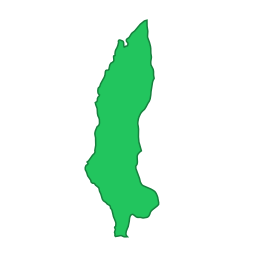 outline of Amazonas, rotated 6°
{"feature_id": "PER-584", "entity_name": "Amazonas", "entity_type": "Department", "adm_level": 1, "iso_a3": "PER", "parent_name": "Peru", "parent_adm1": "", "projection": "robinson", "projection_center": [-78.131, -4.99], "detail": "fine", "context": "isolated", "style": "filled", "palette": "green", "viewbox_px": 256, "rotation_deg": 6, "n_neighbors": 0, "source": "natural_earth", "source_scale": "10m", "svg_char_len": 3778}
<svg xmlns="http://www.w3.org/2000/svg" viewBox="0 0 256 256"><g transform="rotate(6 128 128)"><path d="M115.8,47.9L116.4,47.6L117.2,46.9L118.0,46.7L118.8,46.3L119.2,45.2L119.1,43.7L118.5,42.9L117.7,42.3L117.2,41.4L117.2,40.2L117.8,39.4L119.5,38.0L120.1,37.0L121.6,33.8L122.2,33.0L124.5,30.8L129.4,23.5L132.9,20.0L133.8,19.5L135.6,18.8L136.3,24.7L137.4,28.9L137.6,29.9L137.8,34.4L137.9,35.3L138.1,36.0L140.4,40.7L141.8,44.4L142.3,46.5L142.9,51.3L143.8,54.6L143.9,55.4L143.9,56.2L143.8,57.5L143.7,59.3L143.8,60.7L144.0,61.8L144.2,62.6L144.4,63.1L146.5,66.4L146.9,67.1L147.3,68.4L147.5,69.2L147.9,72.7L148.3,74.2L148.5,74.9L148.8,75.7L148.7,76.3L148.0,77.9L147.6,80.0L147.1,89.3L147.2,92.7L147.0,96.6L146.6,98.2L146.3,99.2L145.2,101.4L143.7,105.2L142.5,107.6L142.2,108.0L141.5,108.7L140.6,109.8L139.7,111.0L138.9,112.5L137.8,115.7L137.4,117.6L137.2,120.4L137.2,121.9L137.3,122.9L137.5,123.7L138.0,125.3L138.6,128.0L139.3,135.7L140.3,140.8L143.7,149.3L141.9,151.0L140.5,153.2L140.2,154.2L140.1,154.9L140.1,155.6L140.9,160.8L140.9,161.8L140.8,163.0L140.5,163.7L139.7,165.3L140.1,167.6L144.7,177.0L145.9,180.4L147.1,182.2L147.8,183.0L149.1,183.8L151.0,184.4L157.1,186.3L159.6,187.4L161.2,188.3L162.0,189.1L163.0,190.4L164.2,192.6L164.8,193.9L165.1,195.0L166.3,199.1L166.4,200.9L165.1,202.6L160.9,206.7L160.0,207.8L159.4,208.7L159.1,209.5L158.7,211.2L158.4,212.2L157.8,213.5L157.0,214.4L156.1,214.9L152.9,215.8L152.1,215.9L150.7,215.7L149.7,215.6L147.2,215.9L146.4,215.8L145.6,215.6L144.9,215.2L143.5,214.3L142.2,213.5L141.3,213.4L140.0,214.2L139.7,214.8L139.3,215.7L139.0,217.5L139.0,220.6L138.5,225.9L137.1,230.6L137.0,232.3L137.0,233.5L137.2,234.3L137.6,235.0L138.0,235.5L138.8,236.2L136.1,236.6L135.0,236.5L133.6,236.0L132.6,235.7L131.7,235.8L131.0,236.0L129.9,236.4L127.9,236.9L127.0,237.2L126.3,236.6L126.2,236.0L126.1,234.6L125.5,233.2L125.7,232.0L126.0,230.8L126.0,229.9L125.8,229.4L125.2,228.7L125.1,228.4L125.2,227.8L125.6,227.6L125.9,227.4L126.0,227.1L126.0,224.7L125.8,223.6L125.4,222.5L122.8,217.6L120.8,211.8L120.3,210.8L119.0,209.5L119.0,209.2L118.5,207.8L118.2,207.3L117.5,206.8L115.3,205.8L113.8,204.4L111.1,202.9L109.9,201.4L108.0,196.7L106.3,193.8L105.6,191.6L105.2,190.6L103.9,189.6L101.7,188.2L100.7,187.0L100.1,186.6L99.8,186.6L99.2,186.6L98.7,186.6L98.1,186.4L97.4,186.0L97.1,185.7L96.9,185.4L96.8,185.2L96.6,184.3L96.5,184.0L96.2,183.6L93.1,180.0L92.7,179.3L91.9,177.3L91.6,176.8L91.3,176.1L91.1,175.7L90.1,174.3L89.8,173.5L89.6,171.9L89.7,171.2L90.0,170.1L90.2,169.8L90.3,169.5L90.5,169.3L90.7,169.1L91.2,168.9L91.3,168.8L91.4,168.7L92.0,167.7L92.0,167.4L91.9,167.1L91.7,167.0L91.2,166.7L91.0,166.4L90.9,166.0L91.0,165.7L91.8,165.3L92.0,165.1L92.2,164.8L93.3,162.9L93.4,162.7L95.7,158.6L96.0,158.3L96.2,158.1L97.0,157.1L97.5,156.1L97.6,155.6L97.7,155.3L97.6,154.7L97.4,154.3L97.4,153.4L97.7,148.5L97.0,143.0L96.8,141.2L95.9,138.3L95.7,137.4L95.6,136.5L95.7,135.5L95.9,134.1L97.1,130.1L97.4,129.7L98.2,129.0L98.6,128.4L99.0,127.4L99.1,126.6L99.1,125.8L98.7,122.8L98.5,122.2L97.9,120.7L96.8,119.0L96.1,116.8L95.3,111.9L93.4,108.0L92.8,106.1L94.1,105.2L94.5,104.3L94.6,103.2L94.5,102.2L94.7,101.2L95.3,99.9L96.1,98.9L96.2,98.0L95.1,97.2L94.5,96.2L94.1,94.2L94.1,92.2L94.4,91.1L95.3,90.2L95.7,89.2L96.2,86.8L99.1,79.9L99.6,77.5L99.6,74.3L99.8,73.4L100.3,72.9L100.8,72.7L101.4,72.7L102.0,72.5L102.7,72.0L102.9,71.8L102.9,71.4L103.3,67.4L103.7,66.4L104.2,65.4L104.4,65.1L105.0,64.8L105.4,64.5L106.6,63.3L106.9,62.2L106.2,58.7L106.2,58.0L106.3,57.8L106.5,57.7L107.1,57.6L107.5,57.3L107.5,56.7L107.3,55.6L107.3,53.7L107.4,52.6L107.7,51.5L108.6,49.4L108.7,49.1L109.3,46.9L109.6,44.6L109.7,44.0L109.4,42.9L109.3,42.6L109.8,41.6L110.6,41.3L111.6,41.5L113.7,42.1L114.3,42.7L114.7,43.5L115.3,46.9L115.8,47.9Z" fill="#22c55e" stroke="#15803d" stroke-width="1.5"/></g></svg>